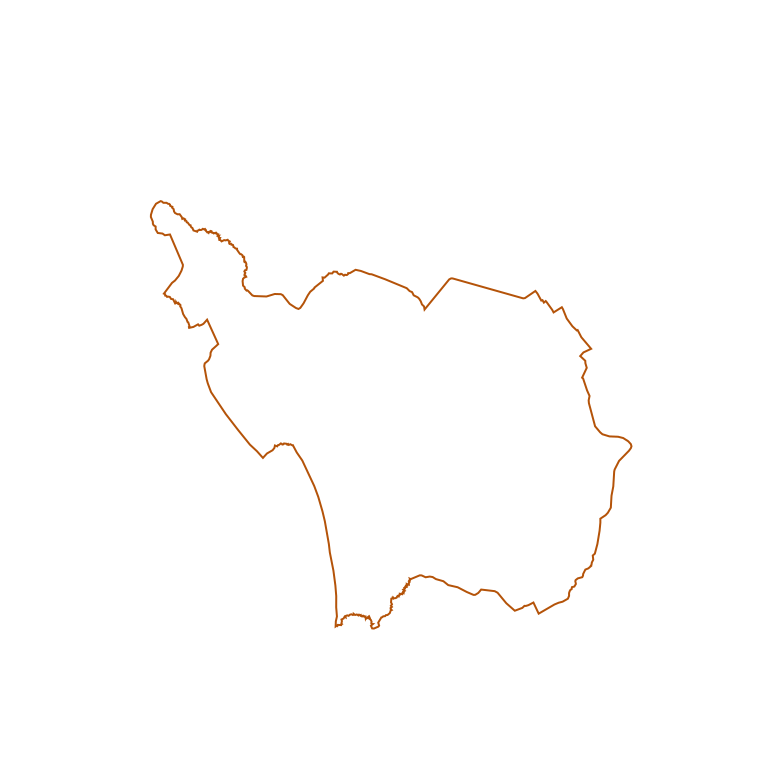 Tha Tako, Nakhon Sawan, Thailand (Natural Earth projection), rotated 142°
{"feature_id": "78962969B77286306001926", "entity_name": "Tha Tako", "entity_type": "district", "adm_level": 2, "iso_a3": "THA", "parent_name": "Thailand", "parent_adm1": "Nakhon Sawan", "projection": "natural_earth1", "projection_center": [100.504, 15.619], "detail": "fine", "context": "isolated", "style": "outline", "palette": "amber", "viewbox_px": 768, "rotation_deg": 142, "n_neighbors": 0, "source": "geoboundaries", "source_scale": "gbopen_adm2", "svg_char_len": 6166}
<svg xmlns="http://www.w3.org/2000/svg" viewBox="0 0 768 768"><g transform="rotate(142 384 384)"><path d="M199.1,284.2L199.7,299.3L198.2,307.3L199.1,307.5L200.0,313.5L199.7,323.1L196.9,332.8L196.6,335.0L206.3,336.0L205.8,338.8L205.4,349.0L205.5,349.8L207.9,349.7L207.5,352.5L208.7,352.9L207.4,360.7L207.4,364.1L220.0,364.9L221.6,365.8L264.9,424.9L266.1,425.9L268.2,426.3L306.2,417.7L304.7,420.5L305.1,423.3L304.1,426.6L303.8,429.7L304.1,431.6L306.0,435.6L305.3,439.1L306.6,441.5L307.1,445.5L318.6,465.8L326.2,478.1L327.8,479.5L332.6,487.3L336.1,491.5L342.7,492.4L344.0,493.4L344.6,492.8L345.9,492.7L346.7,493.1L347.4,494.1L348.9,494.1L349.6,496.8L350.1,497.4L351.3,497.4L352.1,498.9L352.3,500.8L352.0,501.4L354.6,503.6L356.7,503.0L359.4,505.2L360.6,504.7L365.4,504.4L366.8,505.8L368.6,502.9L379.5,502.8L380.1,502.3L385.4,502.1L389.4,500.8L397.7,497.1L403.1,495.5L405.2,495.8L406.6,498.1L409.0,505.2L409.1,516.4L410.0,518.3L414.7,522.2L422.7,525.3L432.1,533.2L433.2,534.9L433.8,541.1L434.1,542.0L434.8,542.2L435.0,544.8L434.2,546.0L434.5,548.3L432.1,552.1L430.3,553.7L428.7,553.9L426.6,553.3L426.4,554.8L427.0,555.5L426.4,556.3L424.9,556.9L424.8,558.6L423.7,559.2L422.2,558.6L420.5,560.0L419.9,561.1L420.0,562.0L418.7,563.1L418.2,564.3L418.0,565.7L418.8,565.9L418.8,566.4L416.0,570.2L416.1,570.8L417.0,571.1L416.3,572.7L416.7,574.3L417.3,574.8L417.4,576.1L417.2,580.1L416.5,581.1L417.6,582.2L417.8,583.8L418.3,584.5L417.4,586.4L418.3,587.5L418.0,587.7L418.2,588.8L419.4,589.4L419.5,589.9L418.9,590.9L417.8,591.3L418.4,592.6L418.4,593.9L420.3,594.6L421.4,595.8L424.2,596.4L424.3,598.1L425.1,598.9L424.6,599.8L424.2,599.6L423.2,600.0L424.0,601.2L423.3,601.9L423.8,602.8L422.8,602.8L423.5,603.5L423.3,604.3L422.8,604.4L423.2,604.9L423.1,605.9L423.5,606.0L423.3,606.7L425.4,607.5L425.3,608.0L426.3,608.9L426.1,609.7L426.4,610.0L425.9,610.6L426.3,611.3L427.2,611.4L427.8,611.0L428.4,611.6L429.2,611.1L429.4,612.2L429.9,612.3L430.1,615.2L429.6,615.2L429.6,616.4L430.6,616.6L431.2,617.8L432.9,617.8L434.3,618.7L434.5,619.3L435.9,619.3L436.7,619.7L437.5,619.1L439.6,622.3L438.9,625.0L439.3,625.8L439.3,627.2L438.7,628.1L439.4,629.1L439.3,632.0L439.9,632.9L439.4,633.9L439.6,634.8L440.1,635.2L439.5,636.0L440.0,636.2L439.7,637.2L440.0,638.0L441.3,638.3L440.6,640.0L440.5,643.6L442.2,644.8L443.4,647.4L443.2,649.3L442.1,651.3L442.4,653.4L441.7,653.9L442.8,656.0L442.2,657.1L442.4,658.2L443.2,658.9L443.8,660.7L446.3,662.6L446.7,664.6L447.4,665.6L452.7,666.4L458.7,664.2L463.5,660.8L464.9,659.1L466.2,654.3L467.5,652.5L467.8,650.9L467.0,648.7L468.8,646.4L469.3,642.3L465.9,638.9L465.1,636.1L460.6,633.6L469.1,601.7L470.3,600.4L473.8,598.0L479.2,595.5L485.0,594.2L488.8,594.2L501.8,590.7L501.2,589.5L502.0,588.4L501.2,587.4L501.3,586.2L500.1,585.6L499.2,584.5L499.4,582.1L498.0,580.6L499.0,576.0L498.0,575.7L497.4,576.4L497.5,575.5L496.4,574.9L496.9,574.4L496.9,573.6L496.5,573.1L496.0,573.3L495.8,571.5L496.8,570.6L496.9,568.5L499.2,562.8L499.7,559.2L499.6,557.0L500.6,553.8L500.3,553.1L501.7,549.2L502.6,549.1L503.0,548.2L499.0,546.3L493.8,545.5L493.7,543.7L491.2,542.9L489.2,542.6L483.8,543.6L490.1,517.5L498.4,516.9L501.4,515.4L503.4,513.1L506.6,511.2L508.3,510.7L512.5,510.6L513.3,510.0L514.6,508.8L520.8,497.0L522.5,492.9L525.3,484.0L527.2,457.6L527.3,437.8L527.0,418.8L525.5,409.3L524.9,400.3L519.0,401.3L512.6,400.4L509.7,401.1L507.8,402.7L506.5,400.6L505.3,401.1L504.0,400.6L501.9,400.7L501.4,399.9L501.4,398.9L500.4,398.4L499.4,398.7L497.6,396.9L497.6,395.8L496.5,395.8L496.5,394.6L494.9,394.2L493.9,391.9L493.5,391.8L494.9,383.8L495.5,374.0L501.8,346.5L505.3,335.5L510.9,321.5L515.1,312.3L526.0,291.8L530.4,284.6L538.8,268.0L546.4,255.1L552.2,246.3L559.2,237.4L564.2,229.8L568.1,226.6L571.4,222.7L569.7,222.6L569.6,222.1L568.7,222.6L566.2,220.4L565.7,220.9L565.0,220.8L565.1,221.4L563.1,223.1L562.5,224.6L560.2,224.1L558.3,224.9L557.9,223.8L557.3,224.9L555.4,224.3L554.6,223.1L552.9,223.2L551.5,222.6L550.7,221.1L549.9,220.9L549.4,221.5L549.0,219.8L547.3,219.1L546.7,217.4L545.7,217.6L545.5,216.7L544.5,216.3L545.0,215.4L544.5,214.5L543.9,214.0L543.8,214.5L543.1,214.3L543.0,213.5L542.3,213.0L542.4,212.2L541.8,212.0L542.6,210.7L542.2,210.9L542.0,210.1L541.5,210.3L540.9,209.6L540.2,210.2L538.8,210.2L539.3,208.2L540.1,208.3L539.6,206.3L540.1,204.4L541.3,203.3L541.2,202.4L540.5,201.7L543.1,201.6L543.8,198.7L542.5,197.5L537.9,196.3L536.6,196.6L535.5,199.5L529.8,201.7L529.0,201.3L527.6,201.4L526.1,200.4L524.9,200.7L523.4,199.8L520.5,199.9L518.0,201.5L517.1,201.2L517.2,202.8L516.6,203.5L515.0,203.5L515.1,205.0L513.3,205.5L512.9,207.6L510.4,210.3L509.5,209.8L509.0,210.2L508.8,209.5L508.3,209.9L508.3,209.1L506.6,208.1L505.5,207.9L504.6,208.4L503.3,207.6L503.2,208.5L501.4,208.1L500.7,209.0L499.1,207.2L498.3,208.0L497.7,208.0L497.5,207.5L497.2,208.0L496.8,207.7L496.6,208.5L495.0,208.3L495.4,210.1L493.6,209.9L493.4,210.8L492.7,210.5L492.4,210.9L491.7,210.5L491.8,211.2L491.2,211.5L490.8,211.1L490.6,211.7L489.7,211.7L489.4,212.1L489.2,211.1L488.6,211.5L487.9,210.6L487.1,211.8L485.8,212.2L485.9,212.8L485.2,212.8L484.9,212.3L485.0,213.7L483.8,213.7L483.5,214.6L483.1,213.8L473.6,211.2L472.2,210.0L470.2,206.1L466.5,204.1L464.5,201.9L463.2,198.3L458.6,192.0L457.2,186.0L451.1,178.5L446.8,169.1L443.3,162.7L441.9,161.7L438.3,161.3L434.0,162.2L424.3,152.6L423.0,149.6L422.6,135.9L420.5,124.8L412.8,122.4L409.9,122.7L408.9,121.8L406.3,120.8L400.8,119.8L403.5,107.8L385.4,105.3L381.0,104.1L377.3,102.5L371.3,101.6L368.6,103.1L366.9,105.3L365.3,106.4L363.8,107.0L362.5,106.8L361.0,108.2L358.7,107.2L355.9,108.3L354.6,110.9L353.7,111.5L350.9,111.5L346.7,109.7L345.1,110.5L344.0,111.7L339.6,113.8L336.5,112.9L332.8,113.1L332.7,113.6L331.9,113.7L330.1,115.4L327.3,116.7L325.1,120.3L322.3,120.5L314.4,126.5L304.4,135.7L298.9,141.5L296.4,144.7L290.1,144.2L286.9,144.7L281.4,146.9L273.5,155.9L266.4,162.1L256.5,173.3L254.9,174.6L246.1,178.7L232.0,180.6L228.9,181.5L227.3,182.6L226.5,184.7L226.8,188.5L228.8,194.2L232.0,198.3L238.6,203.9L242.8,209.9L243.4,212.8L243.7,220.7L234.3,242.8L232.8,245.1L229.4,248.0L227.9,254.0L223.7,265.8L224.0,267.0L214.3,271.9L212.5,276.4L211.1,278.4L212.2,285.2L207.4,286.1L199.1,284.2Z" fill="none" stroke="#b45309" stroke-width="2"/></g></svg>